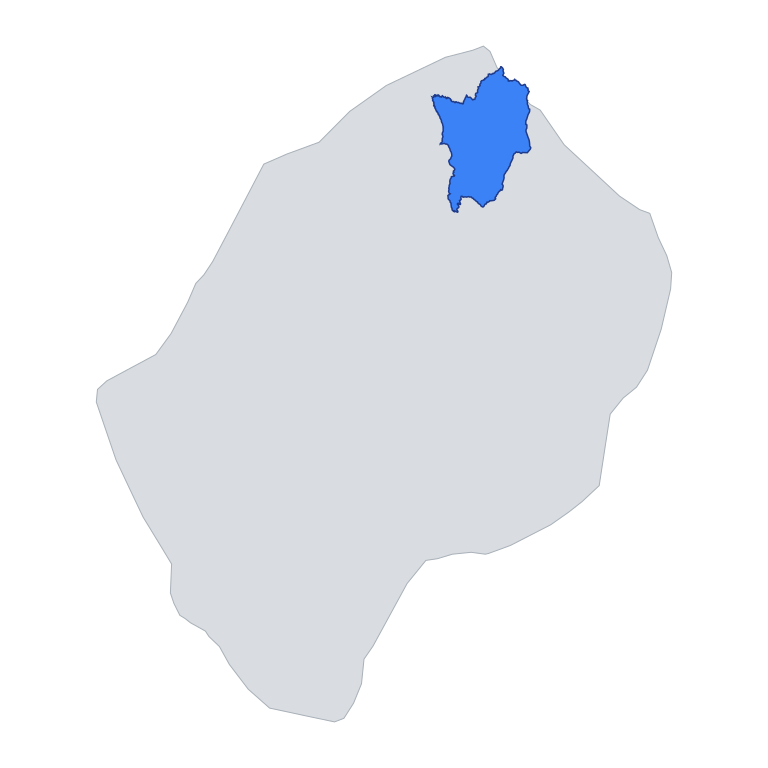 Nqoe, Butha-Buthe, Lesotho shown in context
{"feature_id": "5366337B84603329335542", "entity_name": "Nqoe", "entity_type": "district", "adm_level": 2, "iso_a3": "LSO", "parent_name": "Lesotho", "parent_adm1": "Butha-Buthe", "projection": "equal_earth", "projection_center": [28.538, -28.865], "detail": "fine", "context": "in_parent", "style": "filled", "palette": "blue", "viewbox_px": 768, "rotation_deg": 0, "n_neighbors": 0, "source": "geoboundaries", "source_scale": "gbopen_adm2", "svg_char_len": 6930}
<svg xmlns="http://www.w3.org/2000/svg" viewBox="0 0 768 768"><path d="M510.5,545.4L488.4,553.5L485.3,554.2L471.2,552.3L452.3,554.2L437.4,558.7L425.9,560.4L407.1,583.5L373.0,646.1L364.0,659.1L361.5,683.7L353.6,703.1L343.9,718.3L334.5,721.9L306.0,715.9L269.6,708.1L248.3,689.3L229.4,664.5L219.4,646.5L209.0,636.6L205.4,631.1L190.5,622.8L184.9,618.4L179.9,615.4L173.9,603.4L170.4,593.0L171.6,564.0L161.1,546.6L143.1,517.1L131.6,492.9L116.0,459.8L106.3,431.4L96.3,402.0L97.5,389.4L106.9,380.8L134.4,366.0L155.8,354.5L171.1,333.5L187.7,302.2L195.8,283.4L203.9,274.8L212.7,261.5L228.2,232.1L245.4,199.3L263.8,164.1L287.2,153.9L319.1,142.2L349.7,111.4L386.3,85.5L445.4,57.3L472.9,50.2L483.4,46.1L490.0,51.4L497.0,67.5L507.0,81.0L530.3,104.5L540.2,110.1L564.2,144.8L589.9,168.6L619.4,196.0L639.6,209.6L649.8,213.4L658.3,237.7L666.8,255.7L671.7,272.6L670.6,289.0L661.2,329.2L647.5,370.1L636.5,387.2L623.2,398.0L610.2,414.1L605.1,447.0L599.2,485.6L582.2,501.5L569.0,511.9L550.8,524.7L510.5,545.4Z" fill="#d9dde1" stroke="#a8b0b8" stroke-width="1"/><path d="M527.3,152.7L530.3,149.1L530.6,148.5L530.7,147.8L530.7,147.4L529.7,146.2L529.6,143.6L529.3,141.0L528.8,139.1L528.2,137.8L526.0,131.4L526.0,130.2L526.2,129.3L526.8,128.2L526.9,125.5L526.8,124.8L526.6,124.5L525.9,124.5L525.7,124.2L525.9,120.7L526.6,119.5L528.0,114.8L529.3,112.3L529.6,111.4L529.7,109.2L528.7,108.7L528.5,108.1L528.2,106.0L527.3,104.1L527.4,102.8L527.3,101.7L527.3,101.1L527.6,100.7L527.3,100.2L526.9,100.1L526.5,98.7L526.8,98.3L526.8,96.7L527.2,95.3L529.2,91.5L529.1,91.3L528.3,91.0L528.0,90.5L528.0,89.8L528.2,89.3L527.9,88.8L527.9,88.1L526.8,87.7L526.3,87.3L525.7,86.2L525.3,84.9L525.0,84.5L524.5,84.4L524.0,84.6L523.1,85.3L521.3,85.3L520.7,84.9L520.3,84.2L519.6,83.7L518.6,82.0L518.1,81.6L516.4,80.8L516.1,80.3L515.1,80.0L514.8,79.5L514.5,80.1L513.4,80.3L512.1,81.0L511.8,80.7L510.8,80.8L510.0,80.5L509.1,81.2L508.2,80.9L508.3,80.4L508.1,79.3L505.7,77.6L505.4,76.9L504.1,76.5L502.8,75.5L502.9,75.0L503.9,73.1L503.5,72.7L503.5,72.1L503.0,70.7L503.4,69.7L502.8,68.3L501.4,66.8L500.7,66.8L500.3,68.2L499.3,68.9L498.6,69.9L498.0,70.5L496.7,71.1L496.2,71.1L495.6,71.4L494.8,72.7L493.7,73.5L493.1,73.3L492.9,73.7L491.5,74.2L491.2,74.5L489.2,73.9L488.6,74.6L488.3,74.5L488.2,76.4L487.8,76.8L486.6,77.3L485.3,78.8L484.7,78.6L484.5,79.4L484.0,80.0L483.5,79.9L483.2,80.3L481.6,80.7L480.9,81.5L481.0,82.9L480.3,83.6L479.8,84.9L480.1,85.6L479.6,86.1L479.4,86.6L478.0,86.9L478.5,88.7L478.1,89.0L477.7,89.7L477.5,91.0L477.7,92.3L477.4,92.8L476.0,93.2L475.6,93.7L475.4,95.3L476.0,95.8L476.2,96.3L475.2,97.6L475.1,98.5L474.8,99.4L473.9,99.3L473.4,99.4L472.9,99.9L472.2,99.4L471.4,98.3L470.1,97.2L468.6,97.4L467.3,96.9L467.0,95.5L466.5,95.2L466.0,96.8L465.4,97.7L464.7,99.5L464.0,100.6L464.0,101.1L463.5,101.7L463.5,102.5L463.2,103.2L463.3,103.6L462.9,103.9L462.4,103.4L461.4,103.5L461.1,103.2L460.8,103.4L460.0,103.4L459.8,103.0L459.0,102.8L458.6,102.4L457.7,102.6L456.9,102.2L456.6,102.2L456.4,101.9L455.5,101.9L455.3,102.1L455.2,102.6L454.8,102.6L454.6,102.2L454.0,101.9L453.8,101.6L453.5,101.7L453.1,101.5L452.4,101.7L452.1,101.6L451.5,101.3L451.2,100.7L451.3,100.3L450.9,100.3L450.6,99.3L450.2,98.7L449.2,98.3L448.9,97.8L447.5,97.4L447.3,97.5L447.3,98.2L446.8,98.5L446.4,98.5L446.2,97.8L445.9,97.8L445.5,97.1L445.2,97.5L444.4,97.2L443.9,97.2L443.6,96.7L442.8,96.3L442.4,95.7L442.2,95.8L442.2,96.4L441.5,97.1L441.3,97.1L440.8,96.6L439.9,96.8L439.5,96.2L439.0,95.9L439.1,95.6L438.9,95.3L438.1,94.9L438.0,95.2L438.3,95.7L438.1,95.9L437.5,95.5L437.1,95.8L436.7,95.4L435.6,96.5L435.4,96.3L435.4,94.9L435.0,94.7L434.7,94.8L434.4,95.5L433.7,95.9L434.1,96.5L433.9,97.1L433.4,97.4L432.2,97.0L432.4,97.3L432.5,98.1L432.4,98.5L432.7,98.8L432.5,98.7L432.5,98.9L432.9,99.7L432.6,100.7L433.2,101.1L433.8,102.1L433.7,102.6L433.9,102.9L433.7,103.2L433.9,103.6L434.0,104.3L433.7,105.5L434.2,106.1L434.2,106.4L434.5,106.5L434.6,106.2L434.8,106.7L435.0,106.8L435.0,107.5L434.8,107.8L435.4,108.8L435.6,108.9L435.6,109.4L435.9,110.1L436.4,110.6L436.4,111.3L436.6,111.6L436.9,111.4L437.2,111.7L437.3,112.1L437.9,112.8L437.9,113.3L438.2,113.7L438.1,114.0L438.4,114.3L438.5,114.7L439.1,115.0L439.2,115.8L439.5,116.0L440.0,117.1L439.9,117.6L440.1,118.2L440.7,118.9L440.7,119.1L441.2,119.9L441.5,121.1L441.4,121.7L442.5,123.8L443.0,126.3L443.4,127.0L443.0,127.9L443.3,128.8L443.1,129.7L443.3,131.1L443.0,131.4L443.0,131.8L442.5,132.5L442.2,133.9L442.2,134.3L442.5,134.5L442.4,134.8L443.0,136.7L442.2,138.6L442.3,139.2L442.1,140.5L442.4,141.0L442.4,141.4L441.9,142.2L440.4,143.4L440.3,144.0L440.6,143.8L441.7,144.0L444.2,143.4L445.8,144.1L446.9,144.1L448.5,145.5L448.6,146.6L449.6,148.2L450.1,149.6L450.2,150.3L450.5,151.0L451.2,152.0L451.7,154.2L451.8,155.6L451.8,156.1L451.1,157.3L450.7,158.7L449.0,160.3L448.8,161.3L449.6,163.8L450.1,164.8L453.6,167.3L454.7,168.8L454.8,169.4L454.4,170.2L453.4,171.1L453.4,171.5L453.9,172.2L453.0,173.1L453.1,173.8L453.4,174.4L454.5,175.5L454.1,176.2L453.3,176.1L452.9,176.5L451.9,176.5L451.3,176.8L451.2,177.8L450.8,178.6L450.3,179.1L450.0,180.0L449.8,181.8L450.0,182.9L450.1,183.7L449.8,183.9L449.2,185.4L449.2,186.7L448.7,188.3L449.1,189.1L448.6,191.1L448.7,191.8L449.3,193.3L449.5,193.7L450.1,193.8L449.4,194.6L448.5,194.9L448.3,195.2L447.9,195.5L447.9,195.8L448.1,197.0L448.1,198.4L448.4,199.3L449.9,200.6L450.2,202.3L451.1,203.2L451.0,204.0L451.1,205.0L451.4,207.3L451.7,207.9L452.1,208.3L452.1,209.9L453.6,211.4L453.9,211.5L453.6,210.9L453.7,210.6L453.9,210.6L457.4,212.2L457.8,212.0L457.9,211.4L457.5,210.6L456.9,209.9L456.8,209.2L457.4,208.3L458.6,207.7L458.9,207.1L458.9,206.5L458.3,205.2L457.5,204.5L457.4,203.8L457.7,203.3L458.2,203.2L458.6,203.4L459.5,204.3L460.1,204.5L460.4,204.4L460.5,203.5L460.2,203.2L460.1,202.4L459.7,201.9L459.8,201.1L459.5,200.6L459.8,200.3L460.3,200.3L461.1,199.4L461.1,198.9L460.9,198.3L460.8,197.5L461.2,196.3L462.4,196.4L462.6,196.5L462.7,196.9L463.2,197.2L465.1,196.8L466.5,197.1L468.6,196.6L469.9,197.1L471.0,196.9L471.3,197.0L472.3,198.2L473.0,198.2L473.5,198.6L473.6,199.1L474.2,199.6L475.4,200.3L476.2,201.3L477.1,201.8L477.5,201.8L477.6,202.4L478.4,203.5L480.2,204.5L481.2,206.2L482.7,207.0L483.0,207.0L483.6,206.6L484.0,206.1L484.8,204.5L485.1,204.2L485.6,203.9L486.0,204.0L486.4,203.7L487.0,202.1L487.8,202.3L489.6,201.3L489.8,200.7L491.9,200.7L494.2,200.3L495.6,198.9L495.6,198.5L495.1,198.1L495.3,197.1L496.0,196.5L496.4,195.9L496.6,194.9L497.6,194.0L498.1,192.7L499.4,191.2L499.9,191.0L500.7,189.7L501.4,190.2L501.9,190.1L502.4,189.8L502.7,187.9L503.1,186.9L503.1,185.6L502.5,184.5L502.1,184.2L502.6,182.5L503.6,179.9L504.1,177.7L503.9,176.0L504.3,174.5L505.1,173.4L506.5,171.0L507.0,170.7L508.0,168.9L508.5,168.3L509.0,166.9L509.8,165.9L510.1,165.3L510.1,164.4L510.5,163.2L512.8,158.5L513.0,157.3L512.9,156.5L513.1,155.7L513.4,155.3L514.0,153.8L515.0,153.3L516.2,151.9L517.4,152.4L519.2,152.2L520.5,153.1L521.1,153.4L521.8,153.1L522.5,152.5L527.3,152.7Z" fill="#3b82f6" stroke="#1e3a8a" stroke-width="1.5"/></svg>